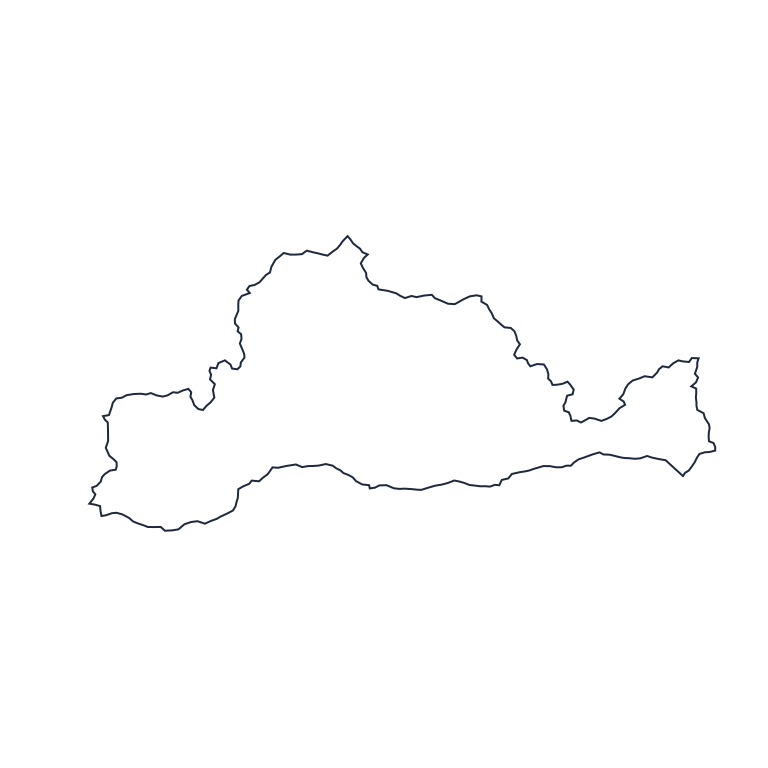 Monte Castelo, Santa Catarina, Brazil, rotated 78°
{"feature_id": "56859067B21045936175667", "entity_name": "Monte Castelo", "entity_type": "district", "adm_level": 2, "iso_a3": "BRA", "parent_name": "Brazil", "parent_adm1": "Santa Catarina", "projection": "equal_earth", "projection_center": [-50.286, -26.651], "detail": "fine", "context": "isolated", "style": "outline", "palette": "slate", "viewbox_px": 768, "rotation_deg": 78, "n_neighbors": 0, "source": "geoboundaries", "source_scale": "gbopen_adm2", "svg_char_len": 4354}
<svg xmlns="http://www.w3.org/2000/svg" viewBox="0 0 768 768"><g transform="rotate(78 384 384)"><path d="M263.2,498.5L267.1,496.4L268.3,504.8L272.0,508.9L276.4,510.1L282.2,511.3L289.5,516.4L293.8,517.2L298.5,514.5L302.0,516.2L305.6,513.4L310.3,514.0L314.4,516.6L322.1,515.1L325.5,514.5L329.2,515.0L333.1,519.5L337.0,520.9L339.1,524.4L337.3,529.4L333.1,530.1L327.8,534.7L329.1,541.6L333.8,544.6L331.9,550.2L334.9,552.0L338.9,551.2L343.4,553.2L349.0,549.5L354.3,552.6L362.0,552.8L365.8,557.3L368.4,562.1L371.8,566.5L369.9,570.8L365.3,574.0L359.8,574.8L356.3,576.0L351.9,574.3L348.1,576.4L348.5,582.0L349.7,587.7L348.2,592.0L350.1,598.1L350.3,603.1L347.9,608.7L344.4,614.0L344.8,618.9L342.9,624.1L341.8,630.7L341.4,638.1L342.9,643.2L342.5,648.9L346.0,653.2L349.7,655.0L357.2,659.5L357.0,665.5L360.8,664.5L364.1,662.2L367.7,662.8L372.9,663.8L382.4,665.7L388.6,669.4L392.7,668.5L397.1,667.6L401.3,664.2L404.8,661.9L408.9,662.5L412.1,664.3L411.7,669.9L414.0,675.8L416.5,679.2L420.5,681.3L423.9,686.2L424.6,690.9L428.4,691.1L431.9,689.3L435.5,691.9L439.8,697.1L442.1,691.4L444.4,687.1L449.5,687.7L454.4,687.8L454.6,683.3L453.8,677.0L454.4,672.3L457.1,667.1L462.0,661.2L466.4,657.9L469.3,653.6L472.1,648.7L474.7,644.9L476.1,638.8L477.4,632.1L482.0,628.8L483.2,621.1L483.4,615.2L479.7,608.4L478.9,601.3L479.4,595.0L483.4,588.2L482.0,581.9L481.1,575.5L479.7,571.5L478.3,565.0L476.3,558.0L472.8,554.7L468.4,552.6L465.1,550.7L461.0,549.6L456.6,548.4L454.8,542.9L453.6,536.5L451.0,533.5L453.2,526.4L450.7,522.3L448.1,516.6L445.2,513.4L442.4,510.4L443.9,505.1L443.9,496.2L444.4,486.9L448.3,481.3L448.5,475.4L449.4,470.6L450.2,465.2L450.2,457.6L453.2,451.2L456.4,448.4L459.6,444.4L462.7,442.2L465.6,437.7L468.7,434.1L473.3,431.4L477.7,426.2L479.9,419.6L483.2,419.6L483.5,414.4L482.2,409.7L483.5,402.6L488.1,395.9L489.8,390.8L490.7,385.4L492.8,378.0L494.2,373.8L495.3,369.5L494.6,361.9L494.1,355.1L494.4,348.2L494.1,342.1L493.0,335.4L495.0,330.7L497.5,326.0L500.6,321.3L502.2,316.3L504.0,311.3L505.0,306.4L506.4,301.6L505.7,296.5L507.0,292.3L502.3,288.7L502.2,282.0L498.6,277.6L498.5,269.5L498.8,264.3L498.8,260.0L498.2,255.5L497.4,245.2L498.9,238.6L501.1,233.4L502.4,227.5L501.8,222.5L502.8,218.2L500.4,214.7L498.2,209.5L497.5,203.6L496.2,194.3L495.7,187.4L498.5,184.1L500.1,177.9L502.4,173.1L504.4,169.1L506.3,164.5L507.5,159.9L509.3,154.2L510.0,148.9L509.1,141.6L511.6,137.4L514.6,130.7L517.1,124.4L536.2,110.7L533.5,108.0L532.0,103.8L528.8,100.2L525.3,96.5L521.0,93.1L518.0,90.0L517.5,84.6L518.2,79.4L518.0,73.9L514.5,73.1L510.2,74.0L507.6,78.0L503.4,77.5L498.8,76.3L495.0,74.7L491.1,74.5L487.7,75.8L484.0,77.2L479.0,77.5L474.5,82.9L470.4,82.9L466.9,82.2L461.9,81.7L457.6,80.4L453.4,79.6L450.2,83.9L447.3,78.5L442.9,75.4L438.6,77.8L435.4,75.8L432.3,74.0L428.0,73.1L424.3,70.9L422.6,77.5L425.9,81.1L423.9,87.3L422.1,91.2L423.9,96.9L427.0,102.1L424.6,107.8L426.6,111.8L429.6,114.5L433.3,120.1L430.6,127.4L431.7,133.6L432.3,140.0L435.1,145.4L438.7,148.9L443.9,152.2L447.3,156.8L451.0,153.2L454.5,152.5L456.6,158.6L460.5,164.0L463.1,168.4L464.4,173.2L465.3,179.0L461.6,185.3L459.8,190.4L461.2,194.5L462.6,199.3L459.8,202.9L459.0,208.3L453.8,208.3L450.0,209.2L447.6,213.3L442.5,213.0L439.8,210.4L436.8,209.0L433.5,207.3L433.3,201.7L428.9,199.6L423.0,202.2L419.9,204.0L420.9,209.3L420.7,214.9L419.9,219.4L416.1,220.1L412.9,222.3L408.8,221.2L403.5,221.5L398.1,223.6L396.3,230.3L397.1,237.2L393.7,238.8L390.3,239.3L387.0,243.0L386.7,248.5L382.4,250.6L377.6,247.0L373.4,242.8L369.0,244.7L364.7,244.6L359.6,245.4L355.5,248.4L353.6,254.4L350.6,256.8L347.0,259.4L342.5,262.9L337.2,263.9L332.5,265.7L328.1,266.7L323.7,271.6L318.6,270.4L316.5,274.9L316.1,281.8L317.7,288.8L319.3,293.8L320.6,298.1L318.8,304.7L314.0,311.4L310.7,316.3L306.7,318.7L305.8,326.7L305.8,334.1L303.6,338.9L304.3,345.7L301.1,349.8L297.8,353.2L295.8,357.0L293.7,360.8L291.9,365.5L290.3,369.7L286.6,370.2L284.3,374.5L279.8,377.7L275.8,379.0L271.8,378.4L266.3,380.4L261.2,381.6L256.6,377.5L253.9,373.0L250.6,377.7L246.6,379.4L243.7,382.0L239.8,385.1L235.8,386.7L231.8,388.9L235.8,394.8L238.9,398.1L241.8,401.8L243.9,406.8L246.7,412.5L244.5,417.4L242.7,421.0L240.5,425.8L237.5,431.8L239.9,437.3L239.1,443.4L237.9,448.9L235.0,454.8L237.5,459.5L240.0,464.5L245.9,469.7L251.2,472.4L252.9,476.9L256.3,481.5L258.6,484.6L260.2,489.9L260.2,495.2L263.2,498.5Z" fill="none" stroke="#1e293b" stroke-width="2"/></g></svg>